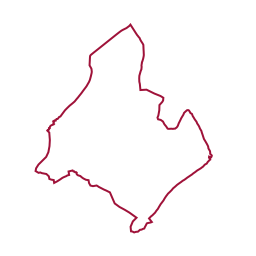 the district of Toungo, Adamawa, Nigeria, rotated 187°
{"feature_id": "59680162B46313771844948", "entity_name": "Toungo", "entity_type": "district", "adm_level": 2, "iso_a3": "NGA", "parent_name": "Nigeria", "parent_adm1": "Adamawa", "projection": "albers", "projection_center": [11.775, 7.93], "detail": "fine", "context": "isolated", "style": "outline", "palette": "rose", "viewbox_px": 256, "rotation_deg": 187, "n_neighbors": 0, "source": "geoboundaries", "source_scale": "gbopen_adm2", "svg_char_len": 3625}
<svg xmlns="http://www.w3.org/2000/svg" viewBox="0 0 256 256"><g transform="rotate(187 128 128)"><path d="M138.2,230.9L139.1,229.5L141.7,227.0L144.9,224.9L146.4,223.8L148.4,221.9L151.1,219.2L165.2,204.8L171.4,198.5L173.8,196.0L174.3,195.2L174.4,194.0L173.8,185.5L171.6,182.5L171.3,181.6L170.8,179.4L170.8,179.1L170.8,178.2L171.2,174.5L171.7,171.1L172.3,169.0L174.3,164.3L176.2,161.0L177.7,158.4L177.8,158.1L178.1,157.6L178.8,156.4L180.6,153.5L181.6,151.8L182.0,151.3L184.2,147.8L186.1,145.7L188.7,143.0L191.1,140.0L192.7,137.9L194.7,134.4L196.5,131.2L197.8,130.4L198.7,128.7L199.3,128.3L199.7,128.2L200.0,128.2L200.4,127.6L200.7,126.6L200.9,126.7L201.5,126.7L201.8,126.6L202.2,126.0L202.8,125.8L203.0,125.6L202.2,124.9L202.7,123.9L202.6,123.4L201.9,122.9L202.1,122.6L203.6,121.8L204.5,121.3L205.2,120.6L205.6,119.8L205.7,118.9L205.6,118.2L205.9,117.9L206.4,118.0L206.3,117.0L206.5,116.5L207.4,116.3L207.8,115.6L205.6,113.9L204.1,106.5L203.7,100.4L204.1,94.2L205.7,89.3L212.4,80.8L214.3,76.8L214.5,74.0L211.3,72.6L209.7,73.2L208.0,72.7L203.4,72.4L200.7,70.4L199.8,67.8L198.7,67.6L197.8,67.4L195.4,67.3L194.6,64.5L191.7,66.5L188.8,68.9L187.4,70.2L186.2,71.1L185.0,71.8L184.5,72.1L183.4,72.7L182.5,73.5L180.7,74.2L181.7,77.6L177.8,79.1L177.2,78.5L176.8,78.2L176.1,78.4L175.3,77.7L174.9,77.7L174.3,77.8L174.0,77.8L173.7,77.6L173.4,77.3L173.6,76.7L173.2,75.8L172.0,75.0L169.4,74.5L168.0,73.5L166.2,72.5L163.5,71.5L160.8,71.4L160.0,68.7L158.3,66.3L155.7,66.0L152.1,67.1L150.4,66.3L149.9,66.0L146.9,64.9L144.5,64.0L141.8,63.2L139.9,62.5L138.1,61.9L135.3,57.1L132.0,51.5L126.8,48.6L121.2,46.4L116.3,44.2L108.6,40.0L111.8,35.9L113.4,30.3L112.4,25.8L111.0,25.8L109.2,25.1L107.5,25.9L105.5,26.3L103.7,28.4L102.1,28.8L101.0,29.6L99.6,30.2L99.1,31.9L98.6,33.1L97.7,35.6L96.7,36.1L93.9,37.0L92.9,37.6L96.1,40.8L94.6,42.8L94.0,43.5L93.3,44.1L90.7,47.4L90.2,48.5L89.6,49.6L88.5,51.3L87.6,53.5L86.7,55.5L86.2,56.6L85.4,57.9L84.2,60.0L84.0,60.3L83.1,62.5L81.8,65.1L80.9,66.6L80.3,67.7L78.7,69.6L77.0,71.8L75.9,73.6L74.3,75.3L73.5,76.2L72.4,77.5L70.8,79.0L68.8,80.8L67.3,82.3L65.8,83.4L64.2,84.9L63.3,85.8L63.1,86.0L61.8,87.1L60.1,88.6L59.0,89.5L57.6,91.0L56.1,92.3L54.1,94.3L52.8,95.3L50.8,96.9L49.5,98.2L48.8,98.8L48.2,99.7L47.3,101.0L45.5,102.3L44.7,104.1L44.0,104.9L43.6,105.6L43.1,106.2L42.5,106.7L42.6,107.8L43.5,108.0L44.0,108.4L44.0,109.5L43.3,109.3L42.7,108.9L41.8,109.3L41.5,110.4L41.5,111.0L42.4,111.7L43.3,112.4L43.5,114.1L43.9,115.2L44.4,115.9L44.8,116.3L45.7,117.6L46.1,119.1L46.3,119.6L47.4,121.3L49.4,124.0L51.3,126.4L52.6,129.2L53.3,130.7L54.1,132.3L54.8,134.0L56.5,136.2L57.6,138.2L59.1,140.1L59.8,140.8L60.8,142.6L61.4,143.2L62.8,144.7L63.5,145.6L64.3,146.7L65.0,147.4L66.3,149.8L67.8,150.4L68.1,150.9L69.6,152.8L70.4,153.1L71.5,152.9L71.7,152.7L72.8,151.5L74.2,149.8L74.6,148.1L76.4,144.1L76.8,142.8L77.1,141.9L77.7,140.2L78.2,138.9L78.6,137.1L78.8,136.3L79.3,135.2L79.9,134.3L80.9,133.4L81.2,133.1L82.0,133.0L83.4,132.6L83.5,132.6L84.8,132.6L87.5,132.1L88.6,132.2L90.3,134.2L92.3,136.1L94.1,138.7L96.5,140.0L99.2,140.3L100.0,141.9L99.4,144.1L99.1,149.5L99.6,154.6L97.2,158.0L96.5,159.6L96.6,162.3L99.6,163.7L106.0,165.4L114.3,168.3L120.3,167.2L121.6,173.1L122.4,175.3L122.9,178.5L123.1,181.2L122.4,185.8L121.8,188.2L121.9,188.6L121.9,190.2L121.9,190.4L122.2,191.3L122.2,191.7L122.2,192.7L122.2,193.2L122.2,193.3L122.1,194.3L122.2,194.9L121.9,195.8L121.7,196.9L121.4,198.6L121.2,201.0L121.2,202.4L121.6,204.8L121.8,206.1L122.1,207.6L122.9,212.4L123.8,213.7L125.5,215.7L126.6,217.2L127.5,218.8L128.6,219.7L129.1,220.3L130.1,221.2L131.4,222.7L131.9,223.3L138.2,230.9Z" fill="none" stroke="#9f1239" stroke-width="2"/></g></svg>